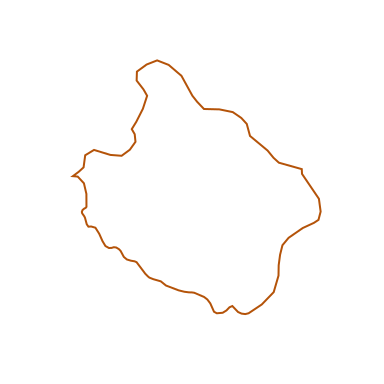 SVG path tracing the border of Ganzourgou, rotated 331°
{"feature_id": "BFA-2828", "entity_name": "Ganzourgou", "entity_type": "Province", "adm_level": 1, "iso_a3": "BFA", "parent_name": "Burkina Faso", "parent_adm1": "", "projection": "albers", "projection_center": [-0.846, 12.259], "detail": "fine", "context": "isolated", "style": "outline", "palette": "amber", "viewbox_px": 384, "rotation_deg": 331, "n_neighbors": 0, "source": "natural_earth", "source_scale": "10m", "svg_char_len": 1381}
<svg xmlns="http://www.w3.org/2000/svg" viewBox="0 0 384 384"><g transform="rotate(331 192 192)"><path d="M239.9,113.6L240.2,115.5L242.7,125.2L256.0,133.0L266.4,141.9L271.0,151.1L272.9,159.0L269.9,171.1L278.2,192.4L279.9,201.7L282.2,208.5L299.1,225.2L297.0,229.5L299.7,259.5L295.0,271.5L289.1,277.7L286.3,277.9L283.7,278.1L271.4,277.2L254.3,278.9L245.3,282.4L238.6,289.6L232.3,298.1L227.1,307.1L214.9,319.2L198.5,324.2L182.7,325.5L179.4,324.6L176.4,322.4L174.1,319.3L172.0,311.3L168.9,311.0L164.7,312.3L160.3,312.5L154.9,310.1L153.2,307.4L154.0,298.3L153.3,293.4L151.7,289.7L145.1,281.2L143.1,279.7L140.7,278.3L136.9,275.5L132.6,271.5L123.9,261.2L121.4,255.0L115.9,249.5L113.2,246.2L112.5,244.4L111.5,240.8L109.5,226.5L108.2,224.8L105.2,222.4L102.3,219.4L100.9,215.7L101.0,209.0L100.4,206.6L98.8,203.8L96.9,202.4L94.5,201.9L92.2,200.7L90.1,197.3L89.9,191.6L90.0,190.6L90.6,183.5L90.2,176.4L87.1,173.3L84.6,172.1L84.3,169.2L85.9,162.7L86.0,161.1L85.6,157.4L86.0,156.0L87.5,154.7L89.5,154.3L91.4,154.3L92.5,153.8L98.7,142.5L101.7,132.0L99.5,123.1L95.5,120.4L102.8,119.4L109.1,117.9L116.4,108.1L126.7,107.7L138.6,120.0L148.0,126.2L158.1,124.9L166.9,120.7L169.9,113.7L169.8,107.8L177.3,103.6L189.4,95.4L199.4,86.1L199.3,78.7L197.6,67.7L202.2,60.0L214.1,58.5L221.6,59.5L225.3,60.0L233.2,69.5L239.1,85.3L239.0,108.0L239.9,113.6Z" fill="none" stroke="#b45309" stroke-width="2"/></g></svg>